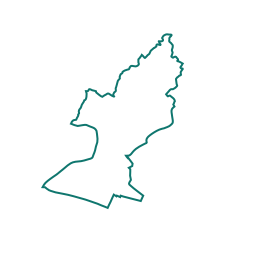 Ba Don, Quảng Bình, Vietnam (Natural Earth projection), rotated 129°
{"feature_id": "81297802B46228878369339", "entity_name": "Ba Don", "entity_type": "district", "adm_level": 2, "iso_a3": "VNM", "parent_name": "Vietnam", "parent_adm1": "Quảng Bình", "projection": "natural_earth1", "projection_center": [106.332, 17.736], "detail": "fine", "context": "isolated", "style": "outline", "palette": "teal", "viewbox_px": 256, "rotation_deg": 129, "n_neighbors": 0, "source": "geoboundaries", "source_scale": "gbopen_adm2", "svg_char_len": 5063}
<svg xmlns="http://www.w3.org/2000/svg" viewBox="0 0 256 256"><g transform="rotate(129 128 128)"><path d="M202.9,93.5L200.3,94.2L196.3,95.1L191.9,96.3L188.7,97.1L188.4,94.0L187.6,94.1L186.6,90.6L185.2,91.1L184.2,88.5L176.7,72.1L174.5,72.7L171.0,73.6L171.2,80.5L171.3,85.7L171.2,89.3L171.1,91.3L170.8,91.9L170.4,92.3L169.3,92.7L166.5,93.1L165.3,94.5L163.8,96.3L160.2,99.0L158.6,100.3L158.4,102.3L154.9,100.8L152.8,102.0L152.0,105.2L151.1,109.0L151.5,109.1L151.3,110.3L151.1,111.2L150.8,112.1L149.7,110.8L148.8,109.9L148.2,109.6L147.5,109.4L146.2,109.2L143.7,109.2L141.8,109.1L139.3,108.7L136.7,107.9L135.4,107.5L131.8,106.0L129.1,104.8L128.2,104.3L127.8,104.3L127.4,104.4L127.0,104.9L126.3,105.7L125.4,106.3L124.4,106.7L123.4,106.8L122.0,106.8L119.9,106.4L117.6,105.8L114.8,104.9L112.2,103.9L109.5,102.6L107.2,101.1L105.4,99.7L104.1,99.0L102.6,98.1L102.0,97.8L100.5,97.1L99.3,96.8L97.5,96.5L96.2,96.5L95.2,96.9L95.0,97.1L94.2,97.7L92.9,99.1L91.2,101.0L89.6,102.7L88.6,103.8L87.3,105.0L85.8,105.7L84.7,105.8L83.4,105.7L82.1,105.4L81.2,107.6L80.1,107.8L79.5,108.0L78.5,108.4L77.8,108.4L77.5,108.7L77.0,109.4L76.6,110.4L76.4,111.5L76.4,113.6L76.4,115.3L76.4,115.7L76.6,116.0L77.2,116.4L78.1,116.8L78.3,117.0L78.3,117.5L78.0,118.9L77.8,119.6L75.7,119.5L73.4,119.4L72.2,119.4L71.1,119.1L70.6,118.8L70.0,118.1L69.7,117.6L68.1,116.9L66.7,116.5L65.7,116.4L64.7,116.3L64.2,116.4L63.8,116.9L63.2,117.9L61.6,119.6L60.1,121.2L59.5,121.6L58.8,121.6L57.6,121.6L56.4,121.2L55.2,121.1L54.7,120.9L54.1,120.4L53.6,120.3L53.3,120.3L52.8,120.9L52.1,121.6L51.6,122.1L50.9,122.3L49.3,122.5L48.0,122.5L47.7,122.6L47.5,122.9L47.6,123.2L47.8,123.6L48.2,124.2L48.2,124.6L48.1,125.1L48.0,125.3L47.8,125.5L46.7,125.6L45.3,125.7L44.5,125.9L43.5,126.0L43.8,128.0L44.2,130.0L44.5,130.7L44.8,131.3L44.8,131.7L44.8,131.9L44.6,131.9L44.4,131.9L44.1,131.6L43.7,131.9L43.1,132.5L42.8,134.1L42.5,135.4L42.7,136.0L43.4,136.6L44.2,137.0L44.7,137.1L45.0,137.3L45.2,137.9L45.2,138.7L45.2,139.2L44.9,139.5L43.9,139.7L42.1,140.4L41.2,140.9L40.2,142.6L39.4,143.2L38.5,143.5L37.3,144.0L36.1,144.8L35.5,145.4L35.2,146.7L34.9,148.2L34.9,149.1L34.9,149.9L34.8,150.3L34.3,150.9L33.2,151.5L32.6,152.1L31.9,152.5L30.9,152.6L29.6,152.4L28.4,152.6L28.3,153.0L28.4,153.4L29.3,154.5L30.1,155.8L30.7,156.7L31.5,157.4L32.7,158.0L33.8,158.4L34.7,158.4L35.5,158.3L36.3,158.2L36.6,158.1L36.8,157.6L37.2,156.6L37.8,156.0L38.4,155.9L39.1,156.2L39.8,156.8L40.5,157.6L41.0,158.4L41.2,158.6L41.4,158.5L41.9,157.3L42.3,156.4L42.5,155.6L42.7,155.2L42.9,155.1L43.1,155.1L43.5,155.7L44.1,157.1L44.3,157.5L44.7,157.9L45.0,158.1L45.4,158.1L45.8,158.0L46.3,157.7L46.8,157.3L47.3,157.4L48.2,157.7L48.9,157.8L49.2,157.9L49.5,158.2L50.0,158.3L51.8,158.6L52.7,158.8L53.8,158.9L55.0,158.6L56.5,158.2L57.0,158.1L58.0,158.3L59.2,158.6L60.4,158.6L61.4,158.7L62.4,158.8L62.8,158.9L63.0,159.2L63.0,159.6L62.8,160.4L62.6,161.8L62.5,162.6L62.5,163.3L63.3,163.1L64.7,163.1L65.8,163.0L66.8,163.0L67.6,163.1L68.1,163.1L68.7,162.7L69.6,161.9L70.3,161.4L71.1,160.2L71.7,159.7L72.3,159.6L73.3,159.7L74.1,160.0L75.2,160.7L75.8,161.6L76.5,162.8L77.2,164.0L77.6,164.4L78.0,164.7L78.9,164.8L79.9,164.8L80.8,164.4L81.6,164.3L82.0,164.4L83.0,165.2L85.2,166.6L86.1,167.0L87.0,167.3L87.7,167.5L88.1,167.4L88.5,167.1L89.1,167.0L89.9,167.2L90.8,167.5L91.7,167.3L93.6,166.6L94.2,165.9L94.7,165.5L95.6,165.5L96.9,165.6L97.9,165.5L99.7,164.7L101.7,163.8L103.8,162.9L104.8,162.6L105.4,162.1L106.1,161.4L106.6,161.0L106.9,160.8L107.4,160.8L107.9,160.8L108.5,161.0L108.9,161.1L109.5,161.0L111.1,160.6L111.6,160.3L111.9,159.7L112.1,159.2L112.2,158.7L112.4,158.7L112.6,159.1L113.0,160.8L113.2,162.7L113.4,164.5L113.7,165.1L114.1,165.5L114.7,165.8L115.7,166.1L117.6,166.9L119.9,167.6L120.3,169.1L120.4,171.7L120.4,173.4L120.4,174.9L120.2,175.4L120.0,175.6L119.6,176.0L120.0,177.1L120.7,178.6L121.2,179.6L121.4,180.6L121.7,181.7L122.0,182.2L122.2,182.5L122.6,182.6L123.3,182.5L124.0,182.4L124.7,182.5L125.0,182.8L125.4,183.4L125.8,183.9L127.4,181.7L128.3,181.1L129.8,180.0L131.1,179.3L132.4,178.9L133.4,179.0L134.0,179.4L135.4,178.9L138.3,178.6L139.3,178.4L140.8,177.8L142.2,177.4L143.3,177.4L144.3,177.4L145.3,177.1L146.3,176.5L147.1,175.5L147.6,175.2L148.8,175.2L149.2,175.0L149.6,174.5L150.4,174.3L152.3,174.0L153.7,173.6L154.2,173.5L154.8,174.0L155.9,175.0L156.7,175.4L157.5,175.5L158.7,175.5L159.5,175.3L160.4,174.9L160.5,174.9L159.5,171.6L158.1,168.4L157.0,167.4L154.6,165.3L152.6,163.4L151.8,162.2L150.8,158.7L149.8,155.7L149.4,153.9L149.5,152.3L150.1,150.6L152.2,148.3L155.6,144.9L158.4,142.9L162.7,141.2L166.1,139.5L168.2,138.7L170.2,138.1L172.2,137.4L173.2,137.1L174.1,137.2L175.4,137.8L176.9,138.9L180.8,141.6L183.3,143.6L184.9,145.2L187.4,147.7L189.5,149.3L191.5,150.3L194.5,151.2L195.3,151.4L199.5,152.2L209.0,154.2L213.0,155.4L216.6,156.4L219.5,157.1L222.5,157.6L224.7,157.6L226.6,157.3L227.7,157.1L226.2,155.0L226.3,153.2L226.1,151.2L226.1,150.5L225.5,148.5L223.6,143.8L220.2,137.4L217.6,132.4L215.3,127.4L211.3,118.1L210.3,115.7L208.6,111.1L207.7,108.6L206.0,103.9L205.0,100.3L203.7,96.3L202.9,93.5Z" fill="none" stroke="#0f766e" stroke-width="2"/></g></svg>